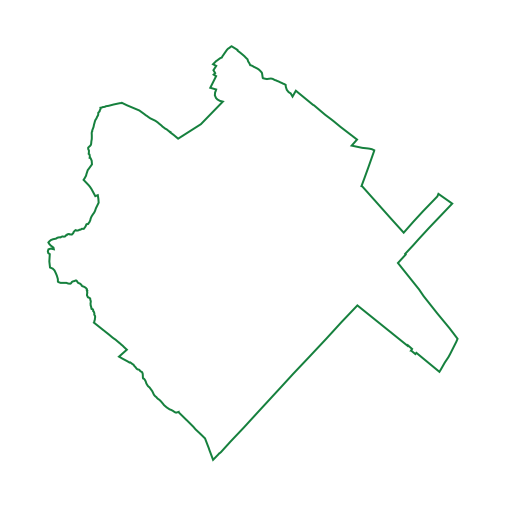 Villa de Tezontepec, Hidalgo, Mexico, rotated 185°
{"feature_id": "50627088B126252484853", "entity_name": "Villa de Tezontepec", "entity_type": "district", "adm_level": 2, "iso_a3": "MEX", "parent_name": "Mexico", "parent_adm1": "Hidalgo", "projection": "robinson", "projection_center": [-98.78, 19.914], "detail": "fine", "context": "isolated", "style": "outline", "palette": "green", "viewbox_px": 512, "rotation_deg": 185, "n_neighbors": 0, "source": "geoboundaries", "source_scale": "gbopen_adm2", "svg_char_len": 6083}
<svg xmlns="http://www.w3.org/2000/svg" viewBox="0 0 512 512"><g transform="rotate(185 256 256)"><path d="M281.0,49.2L276.5,54.7L275.4,56.2L275.1,56.3L273.8,57.6L265.4,68.7L253.3,83.9L241.5,99.3L219.4,127.9L208.9,141.6L194.2,160.1L178.7,179.8L165.0,197.7L150.7,215.6L97.1,179.7L96.9,180.3L92.4,177.0L93.3,175.3L93.2,175.3L88.7,172.2L87.8,173.5L63.2,156.6L61.9,159.2L58.6,166.4L55.5,172.0L54.1,175.2L48.9,188.2L48.0,191.1L56.9,200.9L70.5,214.7L85.5,230.6L90.8,237.1L91.5,237.8L114.0,261.4L107.0,270.5L107.6,271.1L100.7,279.9L95.7,286.6L86.3,298.8L65.1,325.3L79.7,333.8L80.5,331.2L93.4,315.3L102.2,303.9L110.9,292.1L125.0,305.2L156.2,334.6L157.0,334.8L155.2,341.4L155.1,341.7L151.9,353.7L147.5,370.8L147.4,371.6L149.9,372.5L152.3,372.8L154.1,372.9L159.6,373.0L170.3,374.3L165.5,380.8L183.1,392.0L190.2,396.9L192.8,398.6L199.4,402.7L211.4,411.2L212.3,411.5L230.7,424.1L233.5,418.0L235.6,421.0L237.8,422.1L239.8,424.2L241.0,427.0L241.4,429.1L243.0,429.8L243.9,430.0L245.3,430.6L246.9,431.1L248.1,431.6L248.9,431.9L249.7,432.1L250.4,432.3L251.3,432.7L252.1,432.8L253.0,433.1L254.8,433.9L256.6,434.1L259.0,433.6L260.5,433.2L262.5,433.4L264.5,433.7L264.8,434.0L265.1,435.2L265.8,438.1L266.2,439.2L268.0,440.9L268.8,441.5L269.4,442.0L270.9,442.8L274.1,444.1L274.6,444.2L276.0,445.0L278.0,445.6L278.4,445.6L279.4,447.4L280.1,448.3L280.8,449.2L281.6,451.2L283.7,452.9L284.9,454.0L286.7,455.3L289.6,457.3L291.7,458.6L292.4,459.2L292.4,459.7L298.6,462.8L299.6,462.1L300.5,461.1L301.4,460.5L302.1,459.9L303.0,458.7L305.2,454.9L306.2,453.1L306.8,452.1L307.4,450.7L308.7,450.1L310.8,448.3L311.6,447.5L312.6,446.8L315.5,443.3L312.2,441.9L314.6,437.4L312.6,434.6L314.0,433.0L311.4,431.7L316.2,419.6L310.2,418.4L310.6,416.6L311.0,415.4L311.0,412.5L309.6,409.9L308.1,408.6L305.5,407.4L302.5,406.9L322.4,382.5L343.8,366.1L348.7,369.5L352.4,371.8L352.2,372.1L353.7,372.8L354.9,373.6L356.2,374.5L357.3,374.8L359.3,376.1L360.5,376.8L361.5,377.7L364.2,379.5L365.4,380.4L366.9,381.3L368.2,382.0L373.5,384.0L374.5,384.6L375.4,385.1L376.8,386.0L378.1,386.6L379.4,387.5L384.9,390.8L397.7,394.9L403.0,396.9L403.3,396.6L403.6,396.5L404.5,396.5L406.2,396.0L411.1,394.5L414.4,393.3L416.4,392.6L417.5,392.4L418.8,392.0L419.3,391.6L420.1,391.3L421.9,390.9L422.4,390.5L423.9,390.1L423.7,389.2L423.8,388.5L424.4,387.3L424.4,386.4L425.6,385.0L425.5,382.9L426.0,381.5L426.3,381.2L426.7,379.8L427.2,378.6L427.8,377.6L428.2,376.2L428.6,373.9L428.8,373.0L429.0,371.2L429.1,370.3L430.1,366.8L430.0,366.0L430.3,365.4L430.4,364.2L430.1,362.0L429.9,359.8L429.8,358.1L430.0,356.0L430.0,353.7L430.1,352.8L430.3,352.1L430.9,351.2L431.7,350.4L432.6,349.3L432.5,348.0L431.6,346.4L431.5,344.4L431.6,343.2L430.7,342.6L430.1,340.2L430.3,339.3L429.3,339.0L428.0,336.6L427.4,333.0L429.3,329.8L430.2,328.3L431.1,326.9L432.1,322.6L432.3,321.2L433.5,318.5L434.4,316.8L430.4,313.3L428.6,311.7L427.2,310.2L425.7,308.3L421.3,301.6L418.9,302.8L418.0,299.2L417.4,295.4L419.6,289.7L420.3,286.9L421.0,285.1L422.1,283.3L423.3,281.0L424.0,278.8L424.2,277.2L424.9,275.2L425.6,274.2L425.9,273.4L426.3,273.1L426.9,273.1L427.6,272.9L427.8,272.5L428.1,271.5L428.3,270.8L428.7,270.0L429.4,268.9L429.8,268.2L430.0,268.0L431.9,267.9L432.3,267.6L432.7,267.2L433.2,266.9L434.2,266.8L434.7,266.3L435.6,265.9L436.6,265.7L437.1,265.7L437.8,266.1L438.1,265.9L438.4,265.7L438.8,265.3L439.9,263.7L440.0,263.0L440.1,262.7L440.4,262.4L440.8,262.0L441.2,261.4L441.5,261.3L443.7,261.3L443.8,261.5L444.3,261.6L445.1,261.4L445.8,261.1L446.1,260.9L446.3,260.3L447.2,260.0L447.5,259.5L447.6,259.2L447.8,259.0L448.2,258.7L449.4,258.5L450.2,258.6L450.6,258.6L451.0,258.4L451.9,257.9L452.3,257.5L452.7,257.5L453.9,257.4L454.2,257.3L455.2,257.0L455.8,256.7L456.0,256.4L456.7,255.9L459.7,255.0L461.7,254.0L463.1,252.6L464.0,251.4L463.2,250.2L461.5,248.6L458.5,246.7L458.0,245.1L461.0,245.5L463.3,244.6L463.8,242.6L463.2,240.8L461.6,239.9L461.4,232.5L460.2,226.6L457.4,225.7L455.5,224.1L453.9,221.4L452.7,219.1L451.4,215.8L451.1,213.2L450.6,212.8L449.8,212.6L448.3,212.2L442.5,212.7L440.7,212.2L438.7,212.2L438.0,212.6L437.1,214.1L436.7,214.4L435.8,214.9L435.1,215.1L434.4,215.3L434.1,215.6L433.2,216.0L432.4,215.6L431.9,214.9L431.4,214.3L430.8,213.7L430.3,213.6L429.6,213.3L429.1,213.2L428.7,213.0L427.8,212.3L427.5,212.1L427.4,212.0L427.2,211.6L427.0,211.2L426.7,211.0L426.1,210.7L425.3,210.6L424.6,210.3L424.2,210.2L422.8,209.4L422.1,208.8L421.6,208.3L421.5,208.1L421.5,207.9L421.7,207.5L421.7,207.3L421.4,207.0L421.1,206.8L421.0,206.7L421.2,206.1L421.2,205.9L421.0,205.4L420.9,205.0L421.0,204.6L420.9,204.3L420.9,204.0L421.0,203.4L421.0,202.7L420.9,202.0L420.6,201.5L420.3,201.1L420.1,200.8L420.1,200.6L419.8,200.2L419.3,200.0L418.9,200.0L418.0,199.6L417.5,199.2L417.2,197.8L416.8,197.0L416.6,196.2L416.7,194.0L416.5,193.2L416.5,192.7L416.3,192.1L415.9,191.5L415.9,191.0L415.7,190.5L415.4,190.0L415.4,189.7L415.4,189.3L415.3,189.0L415.0,188.8L414.1,188.8L413.6,188.2L413.4,187.7L413.4,186.9L412.7,186.3L412.4,185.8L412.0,184.6L412.0,183.5L411.5,182.7L411.1,182.2L410.9,181.1L411.0,180.1L411.0,178.5L411.3,177.3L411.4,176.4L411.4,175.5L411.5,175.4L406.2,171.9L402.0,169.1L395.3,164.7L391.9,162.3L389.4,160.8L388.9,160.6L385.7,158.3L385.0,157.9L384.5,157.4L383.7,157.0L382.5,156.0L381.1,155.1L379.6,153.8L376.5,151.4L383.7,143.8L381.3,142.7L380.3,142.2L377.7,141.1L374.9,139.9L372.7,138.8L372.2,139.1L370.9,138.4L369.6,137.5L368.6,137.1L367.6,135.8L366.3,134.7L365.1,133.3L364.0,132.7L362.8,132.6L362.2,132.3L361.2,131.2L359.3,130.3L358.6,128.8L358.3,126.9L358.1,125.1L357.8,124.2L357.0,124.0L356.3,123.4L355.4,122.2L354.6,120.7L354.2,119.6L353.3,118.3L352.2,116.9L350.6,115.8L349.3,114.3L348.0,112.8L347.5,112.2L345.6,108.9L345.1,108.4L344.2,107.5L342.9,106.7L342.1,105.8L341.3,105.2L339.7,104.3L338.0,102.9L337.2,102.1L335.8,100.7L334.6,99.4L331.8,97.4L329.8,96.3L328.7,95.7L326.9,95.2L325.1,94.4L323.9,93.7L322.9,93.2L321.9,93.0L320.8,93.4L319.6,93.9L319.6,93.7L311.0,86.6L310.8,86.5L303.5,80.4L301.2,78.1L300.7,77.7L294.1,72.5L291.1,70.0L290.9,69.9L287.1,62.1L286.3,60.5L285.4,58.4L285.0,57.6L282.9,53.2L281.0,49.2Z" fill="none" stroke="#15803d" stroke-width="2"/></g></svg>